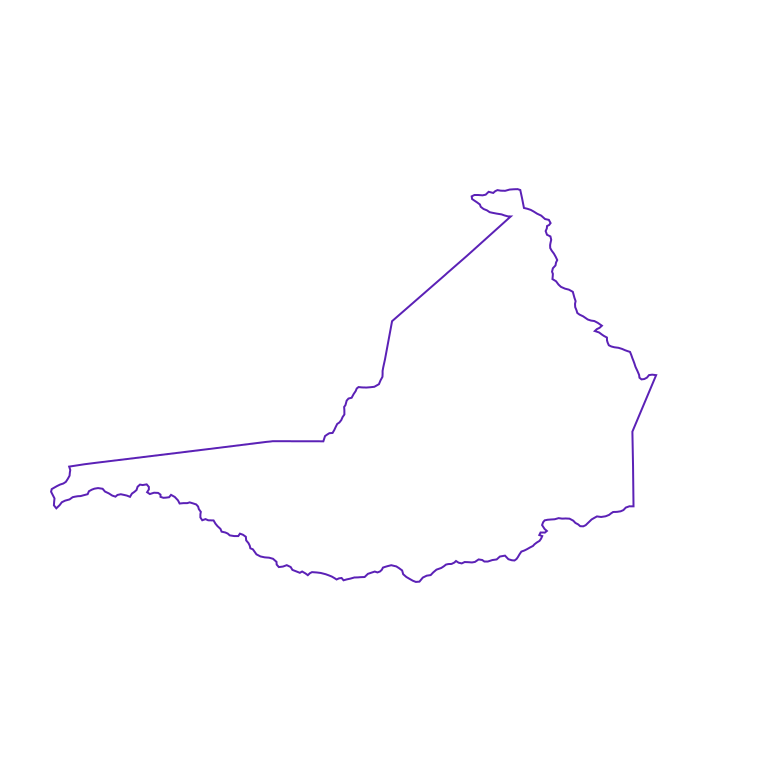 Iramaia, Bahia, Brazil (Natural Earth projection), rotated 110°
{"feature_id": "56859067B23035835922844", "entity_name": "Iramaia", "entity_type": "district", "adm_level": 2, "iso_a3": "BRA", "parent_name": "Brazil", "parent_adm1": "Bahia", "projection": "natural_earth1", "projection_center": [-40.889, -13.541], "detail": "fine", "context": "isolated", "style": "outline", "palette": "violet", "viewbox_px": 768, "rotation_deg": 110, "n_neighbors": 0, "source": "geoboundaries", "source_scale": "gbopen_adm2", "svg_char_len": 4810}
<svg xmlns="http://www.w3.org/2000/svg" viewBox="0 0 768 768"><g transform="rotate(110 384 384)"><path d="M569.3,651.6L572.1,649.4L574.7,648.9L577.7,648.1L581.4,648.7L584.8,649.5L587.2,651.3L589.3,654.0L591.8,656.4L594.5,658.7L596.4,660.3L599.1,660.0L601.7,657.2L604.2,654.5L607.4,653.7L610.9,652.7L612.9,649.4L608.8,647.4L605.3,646.3L602.7,643.8L600.0,640.0L596.9,637.9L595.6,635.9L594.1,633.2L593.1,630.8L591.4,628.4L588.9,624.8L585.7,624.6L583.2,622.4L581.4,620.3L579.6,617.1L578.7,612.6L580.5,609.4L580.9,605.2L581.8,601.2L581.7,597.8L579.4,596.5L577.6,593.6L577.1,590.0L576.8,587.4L576.9,584.1L573.2,583.4L570.8,581.7L568.3,580.3L564.8,580.4L562.0,578.9L561.5,576.2L559.5,572.7L561.1,569.8L563.5,568.9L566.7,569.6L567.5,566.4L564.8,562.9L563.6,559.0L564.4,556.2L566.5,555.4L566.4,552.4L565.4,550.1L563.9,547.2L561.0,546.2L561.7,542.0L563.8,537.8L566.2,535.2L564.5,531.6L563.2,528.1L561.7,526.1L561.5,522.5L561.4,519.3L562.7,516.8L564.9,515.2L566.8,512.4L569.1,512.0L572.2,510.9L574.2,508.2L572.0,505.5L572.2,502.6L570.5,497.5L572.9,494.6L574.5,491.9L576.1,488.1L578.3,486.1L577.8,482.3L578.0,479.6L579.0,477.2L578.1,472.6L576.7,468.9L573.9,468.2L573.9,465.0L574.8,461.6L578.1,460.0L579.9,456.9L581.8,454.9L584.1,453.4L584.2,450.7L585.7,448.5L587.7,445.6L588.3,441.1L587.7,436.8L586.5,432.5L586.2,428.5L587.9,424.2L590.4,423.1L592.0,420.2L590.1,416.5L587.5,413.4L587.9,409.1L590.0,406.5L590.1,402.4L590.2,398.5L588.2,396.8L588.9,392.9L589.7,390.2L587.1,388.9L585.4,387.3L584.1,382.7L583.2,378.8L582.7,373.8L582.7,370.3L582.8,367.2L583.3,364.4L583.9,361.7L582.0,359.8L580.8,357.5L582.3,354.9L580.3,352.1L578.5,349.2L575.9,345.6L574.8,342.7L573.6,340.1L572.0,336.2L567.9,334.2L565.5,331.2L563.4,328.5L563.3,325.7L561.5,323.6L559.3,322.5L556.9,322.2L555.3,320.2L553.7,318.0L551.8,315.2L551.5,312.5L551.2,310.0L551.9,306.9L553.0,303.2L556.2,300.9L557.7,297.0L558.5,292.6L559.0,289.6L559.1,286.4L557.6,283.1L554.8,282.1L552.6,281.3L549.5,278.3L547.6,274.8L544.2,273.3L540.5,271.2L537.3,267.3L534.8,265.4L532.5,264.0L531.2,262.0L530.0,259.0L527.7,256.8L525.7,255.8L526.4,252.8L526.0,249.6L523.7,247.3L522.5,243.5L521.6,240.3L520.1,237.7L516.5,235.1L515.8,231.5L516.5,229.0L515.3,225.7L512.4,222.0L510.3,218.1L506.5,216.1L503.9,211.6L506.1,207.2L505.9,203.6L505.2,201.0L503.1,199.6L500.9,199.0L497.6,198.4L494.5,197.6L492.4,195.1L490.4,193.2L487.8,191.0L485.2,188.6L483.2,187.8L480.7,186.2L478.2,184.2L475.6,183.5L472.8,183.3L472.8,186.4L470.0,186.1L468.6,182.0L466.4,180.7L465.3,183.5L462.5,187.2L459.5,187.2L457.2,186.4L455.6,183.8L454.1,180.5L452.7,177.3L450.3,174.0L449.6,170.6L448.2,167.2L447.1,163.6L447.7,159.4L449.1,156.6L449.5,153.6L450.5,151.0L449.6,148.1L447.7,146.2L445.0,144.9L442.8,143.8L440.3,142.6L437.9,140.6L435.6,138.6L434.7,134.5L432.5,130.5L430.0,127.7L427.9,126.4L425.9,124.9L424.5,121.4L422.7,118.1L420.6,115.9L417.4,114.5L415.0,111.6L413.6,107.7L375.7,122.0L343.8,134.3L282.6,131.3L283.5,135.2L285.0,138.0L288.1,139.1L290.3,141.1L291.6,143.6L290.7,146.1L288.2,147.4L285.1,150.3L281.8,153.6L279.1,155.7L276.6,157.8L274.7,159.5L272.0,161.7L269.7,163.8L269.8,166.6L269.8,169.3L269.6,172.2L269.8,176.1L270.7,180.1L271.0,183.3L270.7,186.0L268.6,188.0L266.7,189.4L264.1,190.4L263.6,193.8L263.0,196.2L262.0,199.5L262.1,204.0L259.7,202.8L257.4,200.6L254.7,199.2L253.4,204.1L252.9,207.9L253.6,211.2L253.7,214.6L252.3,220.0L251.9,224.1L251.1,226.7L248.9,228.3L246.4,230.6L243.4,231.9L240.6,232.3L237.9,234.5L235.2,236.4L232.8,238.1L232.1,242.5L232.5,246.6L232.2,250.9L230.9,254.0L228.6,257.5L227.8,261.6L225.4,262.2L222.7,263.0L221.0,264.5L217.5,264.9L213.9,263.4L211.0,263.9L208.3,263.6L205.9,266.0L203.4,268.9L201.3,272.1L199.4,274.3L196.7,275.4L194.5,275.8L191.3,276.2L188.4,278.1L188.0,281.9L185.0,284.4L182.2,284.2L179.8,284.8L178.1,283.2L175.8,282.5L173.4,285.2L173.9,289.1L172.0,293.9L171.6,298.3L170.7,302.5L170.2,305.7L170.3,309.2L170.7,312.7L162.4,317.7L155.1,322.3L155.2,325.1L156.6,328.6L158.3,332.4L161.0,336.2L162.4,340.4L163.0,343.7L164.7,345.4L167.1,346.7L167.6,351.4L171.3,353.2L173.0,355.9L174.2,360.2L175.5,363.7L177.7,365.8L180.1,364.4L181.5,358.7L182.5,355.3L184.4,353.7L185.5,350.3L185.6,346.7L186.4,343.5L186.0,340.5L185.4,336.7L184.4,331.5L184.4,328.7L184.1,324.8L183.2,322.2L235.2,349.9L258.0,362.5L260.5,363.8L322.2,397.9L360.5,391.5L368.7,390.4L372.2,389.8L374.9,388.8L377.8,387.9L381.7,388.5L385.9,388.7L389.9,392.1L391.6,395.5L393.3,399.2L394.7,403.4L395.6,406.9L397.6,408.1L400.3,408.2L403.9,409.1L408.0,409.7L409.8,412.4L412.4,413.4L417.0,413.0L419.2,413.6L422.4,412.2L426.2,410.8L429.2,411.6L432.5,411.8L435.5,412.8L437.5,414.3L440.8,414.7L444.3,415.0L447.6,415.6L448.9,418.5L450.8,420.0L453.1,421.6L455.8,421.5L458.6,421.4L475.8,469.0L477.0,471.3L478.6,474.7L506.1,528.5L556.6,627.8L561.9,638.1L569.3,651.6Z" fill="none" stroke="#5b21b6" stroke-width="2"/></g></svg>